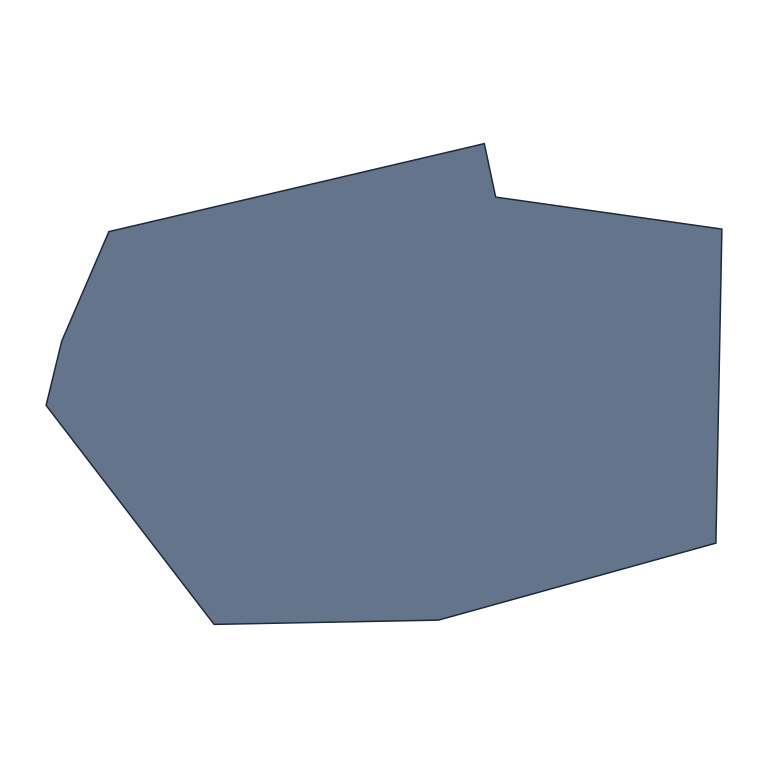 Fairfax, Virginia, United States of America (Natural Earth projection)
{"feature_id": "52423323B75618764282830", "entity_name": "Fairfax", "entity_type": "district", "adm_level": 2, "iso_a3": "USA", "parent_name": "United States of America", "parent_adm1": "Virginia", "projection": "natural_earth1", "projection_center": [-77.307, 38.853], "detail": "fine", "context": "isolated", "style": "filled", "palette": "slate", "viewbox_px": 768, "rotation_deg": 0, "n_neighbors": 0, "source": "geoboundaries", "source_scale": "gbopen_adm2", "svg_char_len": 249}
<svg xmlns="http://www.w3.org/2000/svg" viewBox="0 0 768 768"><path d="M61.7,341.2L46.1,405.4L214.1,624.4L438.4,620.1L715.9,543.1L721.9,229.1L495.7,197.1L484.3,143.6L108.9,231.6L61.7,341.2Z" fill="#64748b" stroke="#1e293b" stroke-width="1.5"/></svg>